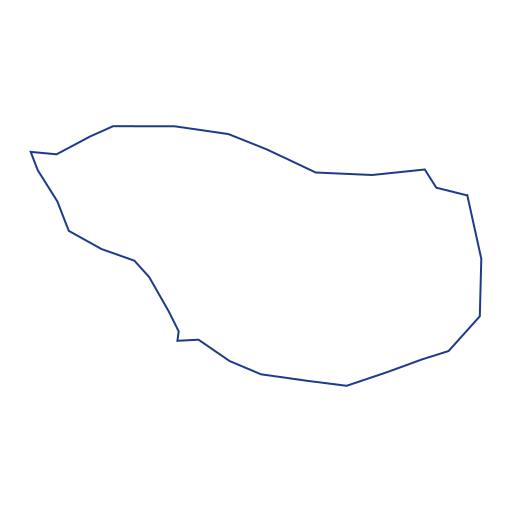 Kungsör, Västmanland, Sweden
{"feature_id": "70781695B35489604221157", "entity_name": "Kungsör", "entity_type": "district", "adm_level": 2, "iso_a3": "SWE", "parent_name": "Sweden", "parent_adm1": "Västmanland", "projection": "orthographic", "projection_center": [16.093, 59.436], "detail": "fine", "context": "isolated", "style": "outline", "palette": "blue", "viewbox_px": 512, "rotation_deg": 0, "n_neighbors": 0, "source": "geoboundaries", "source_scale": "gbopen_adm2", "svg_char_len": 517}
<svg xmlns="http://www.w3.org/2000/svg" viewBox="0 0 512 512"><path d="M467.3,195.3L467.1,195.4L436.3,187.7L424.8,169.5L372.1,175.0L315.7,172.5L267.0,149.5L228.5,134.1L174.7,126.3L113.1,126.2L90.0,136.5L56.6,154.3L30.7,151.9L37.7,170.1L57.3,201.3L68.8,230.9L101.6,249.1L134.4,260.7L149.2,277.1L168.9,311.7L178.7,331.4L177.4,340.8L198.5,339.7L229.7,361.1L261.0,374.3L307.1,380.8L346.6,385.8L386.1,372.5L422.3,359.3L448.6,351.0L479.8,316.3L481.3,258.8L467.3,195.3Z" fill="none" stroke="#1e3a8a" stroke-width="2"/></svg>